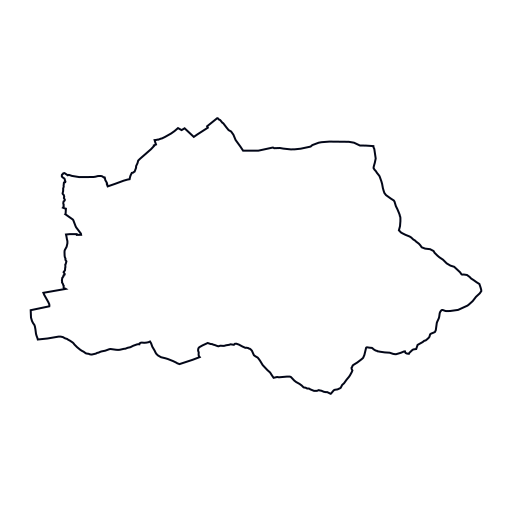 Bagaciu, Mures, Romania
{"feature_id": "2599482B34559158259683", "entity_name": "Bagaciu", "entity_type": "district", "adm_level": 2, "iso_a3": "ROU", "parent_name": "Romania", "parent_adm1": "Mures", "projection": "equal_earth", "projection_center": [24.35, 46.273], "detail": "fine", "context": "isolated", "style": "outline", "palette": "ink", "viewbox_px": 512, "rotation_deg": 0, "n_neighbors": 0, "source": "geoboundaries", "source_scale": "gbopen_adm2", "svg_char_len": 5974}
<svg xmlns="http://www.w3.org/2000/svg" viewBox="0 0 512 512"><path d="M273.6,377.8L277.1,377.0L279.0,377.3L286.9,376.6L289.7,376.6L290.4,376.8L291.0,377.1L294.3,380.6L296.1,382.0L299.5,383.9L301.7,385.5L303.3,387.1L303.9,387.5L305.6,387.7L307.1,388.5L308.9,388.5L310.4,389.4L314.1,390.9L316.2,390.9L317.1,390.8L318.8,390.1L319.5,390.4L321.3,390.7L323.9,391.8L325.6,392.1L327.2,392.1L330.6,393.8L330.9,393.7L333.6,390.5L334.1,390.1L334.8,389.8L337.5,389.4L340.1,388.2L340.7,387.8L342.2,384.9L344.0,383.3L346.5,379.8L349.0,376.8L350.0,375.3L351.7,372.2L352.4,370.5L351.7,369.1L351.5,367.9L352.1,367.0L352.5,365.9L353.1,365.1L357.3,362.5L361.5,359.3L362.9,358.1L363.2,357.7L364.4,354.9L366.1,347.8L366.4,347.5L367.0,347.3L369.6,347.7L371.9,347.9L372.4,348.2L373.6,349.3L375.0,350.2L376.1,350.7L377.1,350.9L377.5,351.3L378.4,351.4L379.9,351.7L384.7,352.4L389.6,352.7L393.2,353.9L395.2,354.2L396.1,354.2L400.8,352.8L403.9,351.5L404.4,351.4L405.0,351.4L405.2,352.4L405.7,353.0L407.1,353.6L408.9,353.8L409.4,352.8L412.6,349.8L413.6,349.4L416.2,349.0L417.6,344.9L422.6,342.1L424.2,340.8L425.7,340.4L427.2,339.2L428.7,337.8L429.3,337.0L429.5,336.6L430.1,334.4L430.8,333.8L431.4,333.5L433.9,332.5L435.0,331.9L435.8,330.1L436.8,322.9L437.2,321.8L438.8,318.3L439.2,316.8L439.7,313.2L440.3,311.7L441.3,310.4L442.0,310.0L442.7,310.0L445.5,311.0L446.9,311.1L450.2,311.0L458.1,309.9L467.5,305.6L468.8,304.6L472.7,301.1L476.0,296.8L479.7,293.4L481.3,291.1L481.2,289.8L480.6,287.6L479.4,284.0L476.8,282.4L473.6,280.1L471.1,278.5L469.7,277.0L467.0,275.0L463.7,274.5L462.1,274.6L461.5,274.3L460.0,272.2L454.2,266.8L450.4,265.6L446.7,263.4L443.0,259.7L439.4,257.3L437.4,255.6L434.5,252.7L433.7,251.2L433.3,250.9L430.1,249.2L425.1,248.6L421.7,247.3L420.4,245.4L418.9,243.7L416.1,241.6L415.0,240.5L413.3,239.5L411.2,237.5L409.6,236.5L405.4,234.8L402.6,233.4L401.0,232.5L398.9,230.3L400.0,226.2L400.4,221.3L400.4,217.8L400.1,216.3L399.8,215.9L399.7,214.9L398.9,212.8L397.3,209.0L395.9,206.2L394.5,201.6L393.8,200.5L390.7,198.5L386.0,195.1L384.4,193.0L383.8,191.3L382.9,188.2L382.1,183.9L381.4,181.4L379.8,176.9L379.3,175.8L376.9,172.8L375.9,171.2L374.6,169.8L373.6,168.2L373.6,167.3L374.0,165.6L374.8,162.8L375.7,158.5L374.3,149.0L373.5,147.3L373.4,146.1L365.9,145.6L359.9,145.5L354.0,142.7L348.8,141.8L329.3,141.6L321.5,142.2L318.7,142.7L312.3,145.1L310.7,146.5L310.1,146.7L300.7,148.7L294.9,149.3L290.8,149.4L283.3,148.6L279.9,148.0L274.2,148.2L273.1,147.6L272.5,147.6L258.2,150.7L243.1,150.7L240.4,146.6L235.6,140.0L233.4,134.7L231.1,131.5L228.6,130.1L226.4,127.4L223.2,123.2L222.4,122.8L220.2,120.1L218.9,119.5L217.8,118.3L217.2,118.2L207.1,126.3L207.8,127.7L197.4,134.4L193.8,136.9L184.6,128.3L181.6,130.1L178.0,128.1L174.5,131.1L171.1,133.5L164.9,137.0L161.8,138.5L161.3,138.5L158.1,139.7L157.3,139.6L156.6,139.9L154.6,140.1L155.2,142.2L156.0,144.5L153.9,145.4L154.1,145.9L151.0,149.2L140.0,158.8L138.2,160.6L137.5,163.2L136.2,165.9L136.0,167.2L136.1,167.7L134.6,171.6L134.0,171.9L133.2,172.6L131.8,172.9L130.5,175.6L130.0,177.3L129.6,179.2L127.4,179.6L123.6,180.7L115.2,183.8L107.7,186.4L106.9,184.3L107.2,184.2L106.8,182.7L105.3,180.1L105.1,179.2L104.9,178.0L104.6,177.4L104.0,177.6L102.6,176.6L101.9,176.2L100.7,176.0L99.0,176.0L97.7,176.1L95.5,176.7L93.5,177.0L79.3,177.1L71.9,175.9L69.6,175.1L68.8,174.9L68.2,175.0L67.8,175.3L64.5,173.1L63.4,173.3L63.2,173.4L63.0,173.9L62.5,174.2L61.9,174.9L61.8,176.3L61.9,176.6L62.7,177.4L64.2,178.4L64.6,178.9L64.8,179.6L64.9,180.4L65.4,181.4L65.2,182.2L64.2,182.3L63.9,182.7L63.8,183.7L63.8,184.3L63.6,185.2L63.7,186.7L63.1,188.7L63.2,189.7L63.1,191.3L62.6,193.3L62.6,193.6L62.9,194.1L63.8,195.1L64.2,196.7L63.9,198.0L64.0,198.3L64.8,199.6L64.7,200.4L64.4,200.8L63.6,201.4L63.4,202.2L63.3,203.2L63.3,203.8L63.6,204.4L63.7,204.8L63.5,206.1L63.7,206.3L63.5,207.1L63.0,207.7L64.7,208.4L65.9,208.7L65.6,213.9L65.3,214.2L72.8,219.5L73.3,220.2L75.5,226.0L76.1,227.3L80.9,233.6L81.1,234.8L76.8,234.9L76.7,234.1L70.1,234.1L66.0,234.5L66.5,236.7L66.9,239.1L67.4,241.1L67.4,243.3L66.6,246.8L64.9,249.9L64.6,250.7L64.5,252.1L64.6,255.5L64.8,257.0L65.5,258.7L65.4,259.7L65.7,260.4L66.3,261.1L66.4,261.4L65.7,264.0L65.3,264.5L65.4,267.2L65.2,267.6L65.0,270.2L64.6,270.9L63.8,271.7L63.6,272.3L64.6,273.7L64.7,274.3L64.5,274.8L63.7,275.1L63.4,275.7L63.5,276.2L63.4,276.5L62.9,277.0L62.7,277.5L62.3,277.8L61.9,280.3L62.1,281.2L62.0,282.4L62.9,283.9L63.3,285.2L63.7,285.6L63.6,287.5L63.9,288.1L64.3,288.4L65.2,288.6L65.7,288.9L43.4,292.8L44.2,294.8L48.3,302.1L49.2,304.1L49.4,305.2L49.3,306.3L30.7,310.2L31.0,317.6L32.0,321.0L33.0,323.0L34.4,325.0L34.9,326.5L35.4,329.2L36.0,333.8L36.5,335.6L37.6,338.6L37.8,339.5L47.5,338.5L58.6,336.6L60.6,336.6L62.9,337.1L65.0,338.3L67.2,339.0L68.1,339.7L70.0,340.7L72.8,342.6L73.7,343.5L74.3,344.4L77.1,347.2L80.3,349.8L82.0,350.9L83.6,351.7L85.8,353.3L87.0,353.6L88.6,353.8L90.1,354.4L91.0,354.5L92.0,354.5L95.9,353.6L97.1,352.9L98.6,352.6L100.3,351.8L101.6,351.4L105.2,350.7L109.3,349.2L110.5,349.0L116.3,349.8L118.7,349.9L120.1,349.7L124.0,348.8L125.4,348.7L127.6,347.8L130.4,347.2L133.1,345.8L137.0,344.4L138.2,344.2L139.4,344.3L139.7,343.3L140.9,342.7L141.8,342.6L144.3,342.8L146.5,342.6L148.5,342.2L150.0,341.5L151.1,343.3L152.3,346.7L154.6,350.6L155.6,352.7L156.3,353.8L157.9,355.4L161.0,357.2L165.5,358.3L167.8,359.0L173.1,361.1L176.0,362.5L177.3,363.3L179.5,364.1L192.6,359.8L199.7,357.1L199.0,356.2L198.6,355.0L198.7,352.3L198.3,351.3L198.1,350.5L198.2,349.1L198.5,348.2L198.9,347.6L199.5,347.1L202.5,345.4L207.7,343.0L210.6,344.0L212.1,344.1L213.4,344.7L214.7,345.0L217.3,346.0L218.3,346.3L220.4,345.7L223.3,345.9L224.4,345.8L226.0,345.3L229.2,344.8L230.6,344.3L233.8,344.8L234.2,344.6L234.4,344.2L234.9,343.8L236.3,343.7L238.9,344.6L242.4,346.5L245.3,347.8L245.7,347.8L246.3,347.7L248.3,348.1L249.0,348.6L249.9,348.8L250.9,349.6L251.9,350.7L253.9,355.2L255.4,356.3L257.7,357.6L258.9,359.1L260.1,360.8L262.7,365.1L267.4,370.1L270.1,372.5L272.0,375.5L273.6,377.8Z" fill="none" stroke="#020617" stroke-width="2"/></svg>